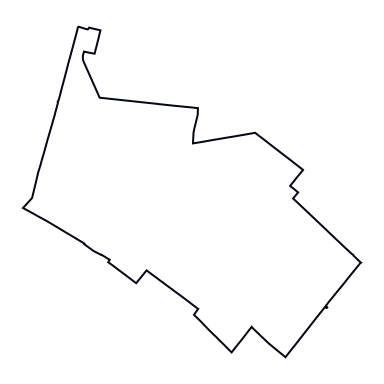 outline of Rosiori, Braila, Romania
{"feature_id": "2599482B90808426082179", "entity_name": "Rosiori", "entity_type": "district", "adm_level": 2, "iso_a3": "ROU", "parent_name": "Romania", "parent_adm1": "Braila", "projection": "albers", "projection_center": [27.361, 44.829], "detail": "fine", "context": "isolated", "style": "outline", "palette": "ink", "viewbox_px": 384, "rotation_deg": 0, "n_neighbors": 0, "source": "geoboundaries", "source_scale": "gbopen_adm2", "svg_char_len": 3238}
<svg xmlns="http://www.w3.org/2000/svg" viewBox="0 0 384 384"><path d="M345.8,281.0L345.9,280.9L347.2,279.3L348.8,277.3L355.0,269.6L355.7,268.8L357.4,266.7L359.3,264.4L359.7,263.8L360.4,263.0L360.7,263.0L360.8,262.9L361.0,262.7L360.8,262.6L356.3,258.3L353.3,255.4L353.4,255.0L353.1,254.7L352.8,254.5L352.5,254.3L352.4,254.2L352.0,254.1L345.5,248.1L342.5,245.3L339.5,242.4L329.3,232.8L327.4,230.9L295.8,201.0L293.1,198.5L298.1,192.4L296.3,190.9L292.1,187.5L290.1,185.9L294.8,180.1L296.5,177.9L299.5,174.3L303.1,170.0L302.8,169.7L294.9,163.5L282.0,153.6L271.9,145.8L268.1,142.8L256.5,133.9L255.2,132.8L254.0,133.0L245.0,134.6L234.9,136.3L212.2,140.1L208.4,140.8L201.0,142.1L193.0,143.4L193.0,143.1L193.5,133.0L194.3,128.7L197.5,115.8L197.6,115.3L197.8,113.5L197.9,109.8L197.9,108.1L196.3,108.0L194.4,107.8L194.0,107.7L189.1,107.2L187.3,107.0L185.9,106.9L184.0,106.7L177.2,106.0L174.7,105.8L170.8,105.4L170.5,105.3L170.4,105.3L169.1,105.2L165.3,104.8L164.4,104.7L158.9,104.1L152.9,103.4L150.9,103.2L149.0,103.0L124.8,100.4L99.7,97.7L99.0,96.2L89.3,74.4L84.0,62.5L83.8,62.0L83.4,61.1L83.1,59.8L82.9,58.7L82.8,57.7L82.9,57.0L83.0,55.5L83.4,53.8L83.7,52.9L84.0,51.6L85.6,51.9L87.8,52.4L90.0,52.9L91.9,53.2L94.6,53.7L95.8,49.0L96.7,45.5L97.6,41.9L98.6,38.0L100.4,30.3L96.1,29.3L90.4,28.0L89.2,27.6L88.0,29.2L87.7,29.4L84.9,28.7L79.2,26.9L78.8,26.8L78.6,26.8L78.4,26.8L78.1,27.0L77.9,27.4L77.1,30.9L75.9,35.5L74.8,39.5L73.1,45.9L71.6,51.4L70.3,56.2L68.5,62.7L68.3,63.4L68.3,63.5L68.1,64.2L68.1,64.4L67.1,68.2L62.9,84.2L62.3,86.2L61.1,90.8L60.2,94.5L59.8,96.1L58.5,100.6L58.3,100.8L57.9,101.2L57.8,101.3L57.7,101.7L57.7,102.0L57.9,102.2L58.0,102.3L57.9,102.8L57.7,103.6L56.7,107.5L55.5,111.8L54.9,114.3L53.8,118.3L53.2,120.1L51.9,124.9L50.0,131.3L48.1,138.0L47.9,138.5L44.0,152.7L42.8,156.7L41.5,161.1L40.7,164.3L39.7,167.6L38.2,172.4L36.3,180.6L32.1,198.0L23.0,208.0L28.0,210.7L34.2,214.1L36.4,215.4L47.4,221.4L47.9,221.7L84.3,243.5L84.0,244.0L93.4,250.9L101.3,255.0L101.5,254.7L109.7,259.8L108.2,262.2L113.6,266.1L119.0,270.2L133.2,280.9L136.2,283.2L136.6,282.6L137.3,281.8L137.8,281.1L138.7,280.0L139.1,279.6L146.6,270.4L147.5,271.1L153.4,275.5L157.1,278.2L159.7,280.2L163.3,282.8L164.3,283.6L165.1,284.2L166.3,285.1L167.8,286.2L168.9,287.0L184.7,298.7L187.6,300.9L191.9,304.2L193.2,305.2L195.5,306.9L197.8,308.6L198.2,308.8L194.0,314.8L194.5,315.4L195.9,316.7L197.8,318.5L200.6,321.3L203.4,324.2L204.8,325.7L205.6,326.5L206.3,327.2L207.6,328.6L208.9,329.9L210.4,331.4L211.9,332.9L213.8,334.8L215.8,336.6L217.6,338.4L219.3,340.2L221.1,341.9L222.8,343.6L223.7,344.5L224.7,345.4L225.7,346.5L226.8,347.6L227.6,348.4L229.2,350.0L230.0,350.8L230.8,351.6L231.6,352.4L235.0,348.1L238.4,343.8L241.4,340.1L242.8,338.3L243.7,337.2L244.5,336.1L245.4,335.0L245.8,334.5L246.2,333.9L248.9,330.4L251.7,326.9L252.2,327.6L258.1,333.3L260.5,335.6L268.8,343.5L273.8,347.6L276.9,350.2L282.0,354.3L284.9,356.7L285.1,356.9L285.2,357.0L285.4,357.2L295.5,344.5L295.6,344.4L305.3,332.0L305.4,331.9L315.3,319.2L322.2,310.5L324.4,307.7L325.1,306.8L325.5,307.0L325.8,307.3L326.1,307.7L326.4,308.0L326.8,307.9L327.3,307.4L327.0,307.0L326.5,306.7L325.6,306.2L328.9,301.8L330.5,299.9L335.5,293.7L344.8,282.4L345.8,281.0Z" fill="none" stroke="#020617" stroke-width="2"/></svg>